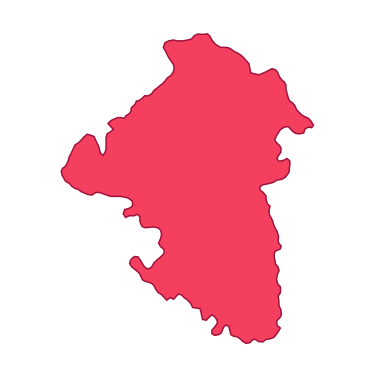 outline of Elói Mendes, Minas Gerais, Brazil, rotated 174°
{"feature_id": "56859067B9706700633058", "entity_name": "Elói Mendes", "entity_type": "district", "adm_level": 2, "iso_a3": "BRA", "parent_name": "Brazil", "parent_adm1": "Minas Gerais", "projection": "orthographic", "projection_center": [-45.591, -21.604], "detail": "fine", "context": "isolated", "style": "filled", "palette": "rose", "viewbox_px": 384, "rotation_deg": 174, "n_neighbors": 0, "source": "geoboundaries", "source_scale": "gbopen_adm2", "svg_char_len": 3865}
<svg xmlns="http://www.w3.org/2000/svg" viewBox="0 0 384 384"><g transform="rotate(174 192 192)"><path d="M205.4,338.7L203.4,334.3L201.9,330.1L200.4,326.7L198.9,323.9L197.3,321.3L196.7,317.0L198.2,313.1L200.9,310.1L204.7,307.9L206.8,305.7L209.8,302.9L213.2,300.9L216.2,298.7L219.1,297.2L221.7,294.0L225.4,292.2L229.1,292.6L231.4,290.6L235.1,288.5L237.8,288.2L239.5,285.1L243.6,282.1L244.2,278.6L246.4,276.3L249.5,274.9L251.7,272.3L255.1,273.5L258.0,273.8L261.2,272.9L265.1,271.5L268.4,269.0L266.3,265.9L263.7,262.4L267.3,260.1L270.2,258.9L271.8,254.9L272.2,250.4L272.6,247.1L272.9,244.2L273.9,241.4L276.4,237.8L278.8,239.9L279.5,242.8L279.8,245.9L280.7,249.0L282.0,252.4L283.6,257.3L286.7,259.1L290.3,260.4L293.9,257.9L296.9,255.1L299.6,252.9L303.3,251.1L305.7,247.2L308.5,242.6L310.5,239.6L311.7,236.3L313.6,232.9L315.6,230.6L318.2,229.0L319.8,226.5L319.5,222.6L318.2,219.4L316.6,215.9L313.0,213.2L310.8,210.1L307.9,207.7L304.9,206.5L302.1,203.8L298.9,202.1L295.9,200.4L291.8,199.4L288.3,201.4L285.4,201.5L281.9,200.2L277.5,198.0L273.0,196.1L267.7,195.6L263.1,195.0L259.4,193.9L255.9,192.5L252.2,189.1L252.4,185.2L254.3,183.0L257.1,182.2L260.9,181.5L262.6,177.5L260.7,173.6L256.5,175.0L252.6,174.4L248.6,175.4L246.3,172.8L246.9,169.0L246.3,165.6L245.1,162.8L242.3,161.4L238.6,161.3L235.6,161.4L231.9,160.8L228.8,159.3L227.1,156.9L226.7,153.1L228.0,149.2L230.6,144.8L229.0,140.9L226.2,138.3L225.8,134.9L227.5,132.6L230.6,130.3L234.0,128.0L237.6,125.1L239.5,122.2L241.8,120.4L245.2,120.6L247.9,123.9L249.3,127.0L250.7,130.1L252.6,133.2L255.9,133.8L258.7,132.2L260.7,129.9L261.5,127.2L259.8,123.9L257.6,121.7L255.5,119.6L252.6,116.4L251.5,112.9L250.3,109.7L247.7,107.9L245.0,107.0L241.8,105.4L239.5,102.9L238.5,99.6L236.2,95.6L233.0,93.1L230.9,90.3L228.4,87.0L224.8,89.2L221.3,87.3L218.4,90.1L215.6,92.1L212.7,90.2L210.7,87.6L207.8,85.1L204.9,81.2L203.4,77.1L200.3,76.2L196.4,75.4L195.6,71.8L195.4,68.8L194.9,64.2L191.2,63.0L188.5,65.3L185.3,67.7L182.5,65.7L180.7,62.4L180.3,59.3L182.5,56.5L184.5,54.5L186.7,52.4L187.0,49.1L184.5,47.1L180.4,47.3L177.7,48.8L176.2,51.4L174.9,54.0L172.4,56.1L169.4,54.7L168.9,50.5L168.2,46.0L165.7,44.2L162.3,43.3L159.5,41.0L157.3,38.2L154.1,35.8L150.1,36.1L147.3,38.6L144.6,39.0L141.5,36.3L137.2,35.5L134.0,37.6L129.2,37.9L125.6,39.0L122.3,42.3L120.0,45.1L118.4,47.4L121.5,50.8L121.1,55.2L117.7,57.8L115.9,60.7L115.9,65.2L117.3,70.0L117.0,75.1L117.2,79.5L114.8,82.3L114.1,85.3L114.1,88.6L116.4,91.8L117.0,96.7L115.7,101.0L113.6,104.8L114.4,108.6L116.4,111.5L116.7,115.6L117.1,118.7L116.7,121.8L115.4,124.5L112.8,125.2L110.2,126.2L108.9,128.8L110.9,131.7L111.5,134.9L110.6,138.2L111.4,143.6L113.1,147.4L114.3,151.3L114.9,155.0L116.0,158.0L117.6,162.0L117.0,166.6L115.9,169.9L118.1,171.9L119.1,176.4L118.8,180.3L121.4,184.3L124.2,186.9L123.7,190.4L120.7,191.8L116.8,192.1L110.9,192.9L105.8,195.0L101.4,195.2L97.7,196.9L95.5,199.2L93.4,201.6L92.6,205.9L91.8,209.0L91.5,212.6L94.0,215.4L98.1,213.8L102.4,213.5L104.1,216.3L102.1,219.3L99.5,222.2L98.9,226.8L100.6,229.8L103.0,232.4L104.2,235.5L102.2,239.0L99.9,241.9L98.2,244.2L95.4,246.0L92.0,247.1L89.3,246.8L87.6,244.6L85.8,242.0L83.4,239.8L79.7,238.6L74.8,239.0L72.9,243.0L69.4,244.3L66.2,243.5L64.2,245.7L66.2,250.0L68.7,253.3L71.7,255.0L74.7,257.1L77.3,260.2L79.4,263.0L80.8,267.5L82.9,270.3L85.3,272.3L86.4,275.3L87.0,279.2L87.8,284.2L87.5,289.0L88.8,291.8L90.8,293.8L93.0,297.6L94.4,302.0L96.0,304.7L99.5,306.3L104.6,304.3L108.7,302.8L113.3,301.6L117.8,303.1L121.2,304.5L121.6,309.2L121.9,313.6L123.9,316.4L126.3,319.8L129.2,323.1L132.2,325.4L135.7,327.6L138.3,330.1L141.1,331.8L144.7,332.5L148.2,332.8L150.5,334.3L153.3,336.5L156.3,341.1L158.0,345.2L160.1,347.7L163.5,347.5L167.1,348.0L169.8,348.5L173.3,347.2L176.8,344.1L180.2,343.6L183.9,343.4L187.0,343.4L190.9,343.8L194.5,345.1L199.5,344.7L203.4,343.2L205.4,338.7Z" fill="#f43f5e" stroke="#9f1239" stroke-width="1.5"/></g></svg>